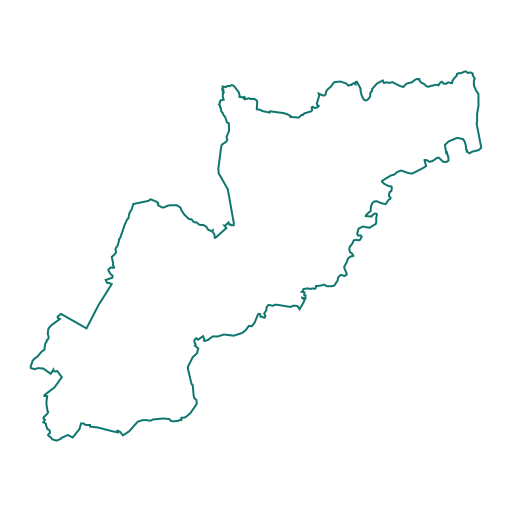 outline of El Grullo, Jalisco, Mexico, rotated 270°
{"feature_id": "50627088B46510877270516", "entity_name": "El Grullo", "entity_type": "district", "adm_level": 2, "iso_a3": "MEX", "parent_name": "Mexico", "parent_adm1": "Jalisco", "projection": "orthographic", "projection_center": [-104.189, 19.796], "detail": "fine", "context": "isolated", "style": "outline", "palette": "teal", "viewbox_px": 512, "rotation_deg": 270, "n_neighbors": 0, "source": "geoboundaries", "source_scale": "gbopen_adm2", "svg_char_len": 6042}
<svg xmlns="http://www.w3.org/2000/svg" viewBox="0 0 512 512"><g transform="rotate(270 256 256)"><path d="M364.2,481.3L388.4,476.6L390.3,477.1L397.9,477.1L406.3,478.5L418.2,478.4L421.0,476.3L426.5,473.9L431.6,473.9L433.2,474.8L436.9,472.7L438.4,472.8L439.6,470.4L439.0,467.8L440.3,466.4L440.6,465.1L438.7,460.7L438.9,458.8L438.0,456.9L436.4,456.8L433.5,453.9L430.4,452.2L428.8,451.9L429.6,448.2L428.2,446.1L428.4,443.6L430.3,441.8L429.3,440.2L426.8,438.6L427.2,438.3L427.0,434.4L426.1,432.0L426.3,431.1L425.2,428.6L425.9,426.1L427.7,424.6L429.5,421.1L431.7,419.3L432.9,419.4L433.0,417.0L432.1,414.9L429.7,411.8L428.3,406.4L425.0,403.3L426.1,399.7L429.8,392.5L429.1,388.7L429.7,386.6L429.0,383.9L431.5,382.8L428.5,377.0L422.8,372.0L421.1,372.1L419.9,370.9L418.3,370.2L415.5,370.2L412.7,368.1L411.6,366.5L411.6,365.0L412.8,363.5L416.8,361.6L421.7,360.5L423.3,360.6L430.2,356.9L430.2,356.0L429.7,355.5L427.7,355.5L428.8,353.7L428.2,352.4L427.0,351.5L427.2,350.1L426.3,348.6L428.5,346.2L430.5,340.5L429.9,334.7L429.2,333.6L425.3,330.8L422.5,327.5L420.7,326.3L417.4,325.5L416.6,324.6L416.5,323.1L418.4,318.7L416.6,319.3L408.6,316.8L406.8,317.3L406.1,318.7L404.6,317.5L404.0,314.6L405.2,312.8L404.6,311.7L402.0,312.1L400.8,311.5L398.6,304.3L396.9,302.7L397.2,301.7L394.4,298.7L395.1,290.3L396.0,290.5L397.4,288.1L398.9,283.8L400.7,270.1L399.4,269.6L401.0,262.2L402.2,260.2L402.7,256.8L410.4,257.2L411.8,256.4L413.1,254.4L413.0,250.5L413.8,249.3L412.7,244.7L413.7,243.7L414.2,244.9L415.1,244.3L414.7,242.3L415.2,239.4L416.1,239.7L419.6,238.8L425.3,234.6L426.5,233.2L426.8,232.0L426.7,230.9L425.8,229.7L426.0,227.3L424.9,225.9L425.5,222.6L423.6,222.7L423.2,222.3L422.5,223.3L421.6,222.5L420.0,223.8L419.2,223.5L419.2,222.9L414.8,222.8L412.3,223.7L411.7,221.7L411.9,221.1L410.6,219.9L409.6,220.0L407.5,219.0L406.7,219.9L404.8,220.1L404.4,220.7L400.3,221.4L399.3,222.6L397.6,223.1L394.9,225.2L389.5,227.0L388.8,228.8L381.3,229.1L374.9,226.5L372.2,227.4L370.1,225.9L367.3,221.8L365.4,221.2L342.9,218.3L338.7,218.7L322.7,227.8L288.9,233.8L286.8,233.7L286.7,231.4L287.5,230.7L287.4,229.4L289.5,228.5L286.3,225.1L286.4,224.4L283.8,226.3L274.2,215.4L274.2,214.8L277.8,214.3L280.1,212.5L281.5,212.7L281.1,212.2L281.1,211.0L282.2,208.2L285.3,206.3L287.0,203.4L287.0,200.2L287.6,198.8L289.7,196.5L289.7,194.5L290.3,193.5L292.6,191.5L293.1,188.8L297.4,184.3L301.6,181.5L304.6,180.3L306.8,176.7L306.7,169.9L306.3,167.6L304.7,164.3L304.5,162.2L306.7,158.2L307.9,157.8L308.5,158.3L310.1,157.0L312.7,150.5L311.1,148.4L308.0,133.3L302.2,131.5L299.1,129.5L293.4,128.3L292.6,127.1L287.0,124.6L274.3,120.3L272.7,119.0L270.4,118.8L266.2,117.5L263.7,115.7L262.2,115.5L259.9,116.1L258.1,115.1L255.0,111.7L248.7,113.2L247.0,113.0L244.6,114.1L244.2,113.8L244.5,110.8L242.5,108.4L241.2,108.6L238.2,110.3L236.3,112.6L234.3,112.3L232.0,105.7L229.2,107.1L228.8,109.8L227.9,111.7L206.9,98.5L183.6,86.5L198.1,61.0L195.3,57.6L194.1,57.8L193.0,59.9L187.2,51.9L184.5,49.2L182.7,48.3L178.5,47.7L174.9,48.7L172.8,48.1L171.9,46.8L170.5,46.7L168.2,45.2L162.4,44.4L160.3,41.6L155.3,37.3L153.2,34.3L151.2,32.6L145.5,30.7L144.0,30.8L142.8,34.6L143.9,38.0L143.5,43.2L138.2,50.7L142.3,53.4L140.8,53.7L140.5,55.2L141.0,57.2L134.8,61.8L124.6,54.5L117.0,44.5L116.0,44.4L115.9,47.2L110.3,46.4L106.5,46.6L101.2,47.5L99.8,48.2L98.1,47.1L94.5,43.5L93.1,43.6L92.4,44.8L91.8,44.9L89.8,43.3L88.3,45.9L86.7,46.0L83.0,47.4L82.0,49.3L81.0,49.7L79.1,50.0L77.4,48.1L76.6,48.3L75.5,49.3L74.7,50.8L72.7,52.2L71.4,56.4L72.3,59.0L73.3,60.9L74.0,61.2L77.0,67.9L74.5,72.6L82.8,79.4L88.6,81.1L88.5,83.7L87.0,85.5L87.0,90.0L85.4,90.1L84.6,97.4L80.5,113.4L79.7,117.7L81.0,117.2L81.4,117.8L80.0,120.3L76.6,122.9L80.7,129.2L90.3,137.7L91.8,142.2L91.9,146.9L91.3,149.4L91.5,151.1L92.6,153.1L93.5,163.3L93.0,169.2L91.3,170.7L90.6,173.2L91.1,177.9L92.2,180.4L91.9,181.3L94.2,181.4L94.4,184.4L95.3,186.2L99.1,190.6L108.0,196.7L111.9,196.5L113.8,194.3L116.1,193.7L126.7,192.7L128.2,191.5L143.2,187.9L145.5,188.0L154.7,192.7L157.9,196.2L159.6,197.4L160.5,197.3L163.5,198.3L166.4,194.9L167.5,195.7L170.1,194.3L172.2,194.6L173.8,196.2L172.3,198.1L175.8,203.0L172.3,204.3L171.4,204.0L171.0,204.6L172.0,207.9L175.2,212.2L175.6,213.3L175.5,217.6L177.5,223.9L176.3,233.7L179.1,242.3L181.8,245.7L186.1,248.9L185.8,251.9L189.7,254.8L197.7,258.0L198.2,258.8L197.7,260.3L195.3,260.5L195.2,262.1L194.2,264.3L194.5,264.7L195.6,265.4L198.5,264.2L201.9,266.4L204.4,266.5L206.7,268.0L207.1,269.2L206.2,272.6L207.2,275.0L207.3,276.8L205.2,289.3L205.2,291.0L206.2,292.9L206.3,295.1L205.9,297.4L202.8,299.6L209.8,303.7L212.2,304.5L213.2,303.6L213.9,302.2L214.4,302.2L213.4,305.3L216.5,305.6L217.1,304.2L219.6,304.5L220.2,301.8L221.1,302.9L223.0,303.6L223.6,307.8L223.0,310.5L223.6,312.3L223.2,314.9L224.1,315.8L225.9,315.9L226.4,320.7L227.4,324.0L225.8,326.7L225.8,331.8L226.5,334.4L231.7,337.7L234.3,338.0L236.6,340.1L237.1,340.9L236.0,344.6L237.3,346.6L238.3,346.7L244.3,344.2L245.4,344.3L250.3,347.0L253.3,347.8L255.3,350.1L256.2,353.3L258.3,352.2L259.8,350.1L262.6,349.2L264.9,349.6L268.6,352.4L271.7,353.8L272.2,356.4L271.6,358.2L272.3,360.2L275.4,361.7L276.6,360.4L276.4,358.3L277.2,357.5L278.1,357.2L283.3,358.5L285.5,363.0L284.2,369.4L288.1,375.8L290.1,376.3L294.1,376.2L297.2,377.0L298.3,376.4L298.4,374.7L296.2,371.8L295.5,371.6L295.9,365.8L296.8,366.0L298.1,367.2L301.0,370.6L305.7,371.0L308.9,372.4L310.5,374.0L310.8,376.7L308.8,381.3L307.9,385.7L312.3,388.7L313.0,390.1L314.2,390.6L315.9,389.0L317.3,389.0L319.9,389.6L320.8,391.3L324.6,391.9L325.5,391.3L326.0,388.5L328.1,384.3L330.4,381.9L331.2,382.1L336.5,390.8L337.4,394.2L339.9,397.1L341.5,401.0L339.0,408.1L338.4,412.0L339.4,414.2L344.5,424.0L346.0,426.1L351.9,424.5L352.1,424.9L351.9,426.6L350.2,429.5L351.0,432.7L354.1,437.0L354.3,438.2L354.2,439.0L350.4,442.9L350.0,444.7L350.3,447.2L351.6,448.5L355.7,448.3L356.1,447.7L359.5,447.0L359.1,446.2L367.1,444.9L370.6,448.7L373.7,456.0L374.1,457.9L372.8,463.2L370.0,464.8L366.5,465.8L362.1,466.2L361.9,466.9L360.4,466.8L358.7,469.6L360.3,472.1L361.8,478.4L364.2,481.3Z" fill="none" stroke="#0f766e" stroke-width="2"/></g></svg>